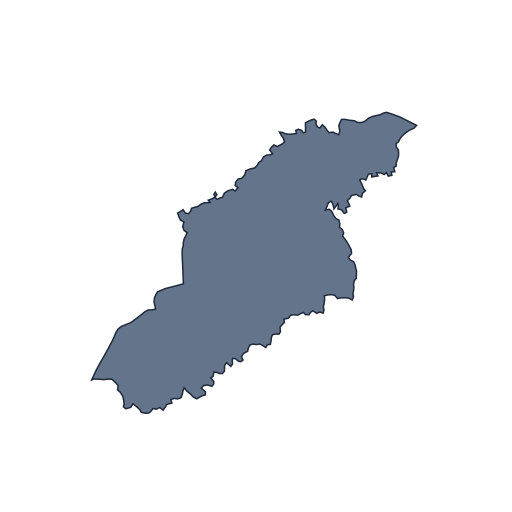 the district of Ponte Serrada, Santa Catarina, Brazil, rotated 331°
{"feature_id": "56859067B50820968764736", "entity_name": "Ponte Serrada", "entity_type": "district", "adm_level": 2, "iso_a3": "BRA", "parent_name": "Brazil", "parent_adm1": "Santa Catarina", "projection": "orthographic", "projection_center": [-51.91, -26.858], "detail": "fine", "context": "isolated", "style": "filled", "palette": "slate", "viewbox_px": 512, "rotation_deg": 331, "n_neighbors": 0, "source": "geoboundaries", "source_scale": "gbopen_adm2", "svg_char_len": 4409}
<svg xmlns="http://www.w3.org/2000/svg" viewBox="0 0 512 512"><g transform="rotate(331 256 256)"><path d="M373.3,164.6L370.5,163.8L367.3,163.5L363.8,163.5L361.8,167.2L359.4,171.7L357.0,171.1L356.9,168.4L354.4,165.6L351.6,165.4L350.8,168.4L346.9,167.0L343.6,165.3L341.0,163.4L339.1,160.8L336.6,159.0L336.6,162.4L337.0,166.5L336.3,170.0L333.3,170.7L330.4,170.6L327.6,170.5L325.6,167.5L322.6,168.2L319.3,169.8L320.1,174.6L317.3,174.4L314.3,172.9L310.7,172.9L306.9,175.3L303.6,175.6L301.1,177.2L297.4,178.4L293.6,177.1L288.5,176.5L285.5,179.6L281.3,181.2L277.7,180.0L274.0,181.6L271.9,184.3L273.3,187.4L269.3,189.1L267.9,186.4L264.8,185.7L262.4,185.3L258.7,185.7L255.3,188.4L252.6,187.7L249.5,187.6L248.6,184.7L244.5,184.6L241.3,184.0L241.8,186.9L239.5,185.8L236.6,184.3L233.0,184.0L229.3,184.5L226.2,183.7L222.8,183.0L220.2,185.3L217.5,186.2L215.0,184.3L214.7,180.2L211.6,180.4L208.3,180.5L207.6,184.2L207.3,187.7L209.4,191.3L206.1,194.8L205.5,198.9L207.1,202.1L204.5,204.3L201.5,206.1L199.1,208.9L197.0,212.1L194.8,214.2L192.1,219.0L189.8,223.5L187.8,227.7L179.0,245.1L171.6,243.3L160.8,240.5L152.4,239.6L149.8,241.2L147.1,243.2L144.6,246.6L143.4,250.7L142.4,253.8L139.4,252.9L135.4,250.9L131.7,250.9L128.4,251.5L124.7,252.1L122.0,252.5L119.2,252.9L116.0,253.4L113.1,253.5L110.6,253.1L104.2,252.3L99.9,253.0L96.1,255.2L93.6,257.3L89.4,260.4L79.9,266.6L65.3,275.5L61.1,278.2L52.2,284.7L54.8,285.1L56.9,286.4L59.7,288.1L62.8,290.3L66.9,291.9L70.3,294.0L71.4,297.2L72.7,302.4L70.1,305.8L71.2,309.5L71.5,313.6L70.5,317.7L69.1,321.0L67.0,323.7L68.0,326.4L70.4,327.1L73.2,327.6L76.7,325.7L78.4,329.6L79.8,333.7L79.9,337.1L83.2,340.0L85.9,341.3L89.4,340.8L91.9,339.3L94.3,341.6L98.4,341.9L100.0,345.8L103.5,344.1L106.1,342.5L108.6,343.2L111.1,343.9L111.9,340.2L115.6,341.0L118.2,343.0L121.8,343.6L124.9,340.8L126.7,338.5L129.3,336.4L130.0,340.6L131.6,344.4L132.8,349.0L135.0,352.2L138.6,352.1L141.6,352.2L144.3,353.0L146.0,350.3L145.0,347.6L144.2,345.0L147.2,343.9L150.9,345.2L154.3,348.6L157.0,347.4L158.3,345.1L157.4,340.8L160.4,340.3L162.8,337.0L165.1,338.6L166.7,340.8L169.5,342.5L172.6,341.4L174.3,338.5L175.8,336.2L178.4,335.1L179.5,337.6L180.4,340.4L183.2,339.0L184.3,336.4L185.8,334.2L188.3,335.9L189.6,339.6L191.6,341.1L194.3,340.7L194.3,337.2L197.9,335.1L202.5,335.3L205.0,332.5L207.8,330.9L210.7,331.6L213.6,333.7L216.9,335.0L218.6,337.8L220.2,340.8L222.9,339.1L225.7,340.3L228.1,337.4L230.2,334.5L232.3,332.8L235.0,333.7L238.4,335.5L240.7,334.0L242.6,329.8L246.3,328.5L248.6,327.9L249.9,324.8L254.1,326.1L257.6,324.6L260.5,325.7L263.9,328.0L267.2,328.0L270.2,328.5L270.9,331.3L274.0,333.1L276.1,331.8L279.1,331.4L281.3,335.6L284.6,335.9L287.0,338.6L289.3,336.1L290.4,332.8L292.2,331.0L294.6,327.8L296.7,323.9L300.5,325.1L303.3,326.4L305.8,328.5L306.7,332.8L309.1,333.4L312.7,335.2L316.7,337.7L318.8,341.2L321.7,338.7L322.5,336.0L324.6,333.5L326.4,331.0L327.4,328.4L329.8,325.4L333.0,324.1L334.4,321.6L336.5,318.2L337.5,314.6L338.4,311.7L338.6,308.3L336.6,305.3L336.0,302.2L338.3,301.1L340.9,300.0L342.3,296.6L342.4,291.9L342.3,286.5L341.4,280.5L343.9,278.3L344.3,274.6L343.0,271.4L344.9,268.5L346.0,264.8L344.1,262.1L343.6,258.5L343.9,253.9L342.7,250.6L338.9,249.5L342.6,246.7L345.3,244.4L348.5,244.6L348.3,248.4L347.0,252.6L349.9,251.3L353.0,249.7L352.2,252.2L350.5,254.4L353.2,257.2L353.8,261.6L356.7,261.7L357.9,257.3L362.2,257.9L362.6,254.8L362.6,252.0L365.9,251.0L369.1,249.4L373.7,250.8L375.1,253.6L377.0,255.6L379.5,252.8L383.3,252.0L382.8,249.4L383.5,244.3L383.6,239.6L386.4,239.9L389.0,242.8L391.9,240.5L394.1,238.8L397.2,240.3L395.5,243.0L398.2,243.9L401.5,245.1L401.8,241.7L405.6,244.0L407.7,246.9L410.4,246.3L410.4,250.3L414.0,251.3L415.0,248.1L418.3,249.6L419.3,245.4L422.2,245.3L423.6,242.8L426.6,240.0L429.2,237.6L430.8,234.8L432.0,232.1L431.5,229.2L432.9,225.6L436.1,225.2L438.2,223.6L441.2,222.2L444.8,221.1L449.1,220.5L452.5,220.5L456.2,220.8L459.8,219.6L449.5,204.5L443.9,198.0L441.7,195.6L439.8,193.6L436.8,192.8L433.3,192.7L429.4,191.5L425.3,190.4L421.2,190.0L417.3,190.9L413.8,190.6L411.5,189.7L409.4,188.2L407.7,185.5L405.2,183.7L403.2,182.3L399.9,179.5L396.9,178.0L394.1,180.0L391.7,182.0L390.8,184.7L389.6,187.6L387.2,190.0L385.0,187.5L383.2,184.8L379.7,183.6L379.0,180.0L378.9,177.0L377.6,173.3L374.0,175.0L372.3,173.0L372.5,169.6L374.1,167.4L373.3,164.6ZM248.6,184.7L251.4,183.5L251.4,180.4L249.1,181.6L248.6,184.7Z" fill="#64748b" stroke="#1e293b" stroke-width="1.5"/></g></svg>